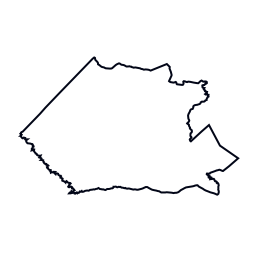 outline of Chepalungu, Rift Valley, Kenya, rotated 86°
{"feature_id": "3690345B98705633113269", "entity_name": "Chepalungu", "entity_type": "district", "adm_level": 2, "iso_a3": "KEN", "parent_name": "Kenya", "parent_adm1": "Rift Valley", "projection": "equal_earth", "projection_center": [35.269, -0.895], "detail": "fine", "context": "isolated", "style": "outline", "palette": "ink", "viewbox_px": 256, "rotation_deg": 86, "n_neighbors": 0, "source": "geoboundaries", "source_scale": "gbopen_adm2", "svg_char_len": 5839}
<svg xmlns="http://www.w3.org/2000/svg" viewBox="0 0 256 256"><g transform="rotate(86 128 128)"><path d="M102.3,45.6L101.6,46.0L101.2,45.5L100.6,45.4L100.6,46.2L100.1,46.5L99.9,47.5L100.0,48.3L99.6,48.7L99.3,48.2L99.2,47.3L98.7,46.8L98.2,47.2L97.5,46.8L97.3,47.8L96.8,48.5L96.3,48.2L95.8,48.7L95.4,49.2L94.8,49.1L94.4,49.8L94.0,49.8L93.4,49.2L93.2,50.1L92.7,50.8L91.9,50.7L91.2,51.0L90.6,50.8L90.4,49.8L90.4,48.8L89.6,47.9L89.0,47.7L89.2,46.9L88.7,46.2L87.6,46.2L87.2,46.6L86.9,47.8L87.0,49.7L85.8,51.3L86.2,52.3L88.2,54.7L88.1,55.8L87.3,59.2L86.3,62.7L86.0,64.3L86.0,65.0L86.3,65.7L86.2,66.4L85.4,68.1L85.2,69.1L85.6,69.6L87.7,69.5L88.7,70.2L88.8,71.0L87.8,76.1L87.4,76.4L85.9,76.7L85.4,77.2L85.9,79.1L85.8,79.9L85.2,82.3L84.9,82.9L84.5,83.4L84.1,83.8L78.7,80.9L78.0,80.8L75.1,81.3L71.6,82.4L70.0,82.1L66.9,84.8L72.3,101.4L71.4,103.2L71.1,104.5L70.8,106.2L70.9,108.1L70.2,109.6L70.1,110.3L69.8,111.0L69.4,111.6L69.2,112.2L68.1,116.4L68.2,118.2L67.9,118.8L67.5,120.0L67.1,120.3L67.0,121.1L66.5,122.3L66.6,122.9L66.6,125.0L66.3,125.7L65.5,126.8L64.9,127.9L64.4,130.2L63.1,131.8L62.9,132.5L63.2,133.4L63.6,134.5L64.3,135.8L67.2,139.6L67.5,140.5L67.5,141.8L67.0,145.3L66.8,146.3L65.9,147.7L65.3,149.7L64.8,150.5L63.2,152.2L62.4,153.4L61.1,153.4L59.9,154.0L59.2,154.6L58.6,155.1L58.1,155.6L57.5,155.9L55.7,156.1L55.3,156.8L56.4,158.4L87.2,192.7L101.9,208.9L107.6,214.7L124.3,233.3L124.6,234.2L125.0,234.9L125.5,235.2L126.1,235.1L126.3,235.7L126.9,235.4L127.3,234.6L127.8,234.9L128.4,235.8L128.5,235.3L129.2,235.3L130.7,234.2L131.0,233.6L130.3,232.7L130.8,231.2L132.2,231.4L132.5,231.0L132.2,230.4L132.3,229.1L133.1,230.3L134.2,230.5L135.2,230.1L136.2,229.3L136.8,226.2L137.2,225.5L137.3,224.7L137.8,224.2L138.3,224.1L138.8,224.3L139.1,223.8L139.6,223.4L140.0,223.5L140.1,224.3L141.2,224.5L141.6,225.1L142.2,225.5L143.0,225.3L143.6,225.6L143.5,225.0L142.8,223.9L142.9,223.1L143.5,223.2L144.0,223.7L145.9,222.6L146.3,222.1L147.1,221.9L147.3,221.2L147.8,220.7L148.4,220.7L148.9,220.2L149.2,219.4L149.4,218.5L149.7,217.9L149.5,217.1L150.1,217.4L150.6,218.1L151.2,218.6L152.1,216.6L152.8,216.3L153.3,216.5L153.8,217.1L153.9,216.3L154.2,215.6L154.3,214.9L154.8,215.0L155.8,214.4L156.3,214.6L157.7,213.7L157.8,213.0L158.2,211.9L158.6,211.8L158.6,212.4L159.1,212.0L159.5,210.5L159.9,210.2L160.1,210.9L160.7,211.1L161.4,210.9L161.5,211.6L162.0,211.5L162.9,210.5L163.6,210.2L164.0,209.8L164.5,208.7L164.6,208.0L165.2,208.0L165.6,208.5L166.0,208.0L166.6,208.2L167.2,208.1L166.9,207.5L167.0,206.1L166.5,205.6L166.7,204.1L167.1,204.6L167.8,204.6L169.1,203.4L168.4,203.1L168.2,202.3L168.8,200.9L169.9,200.7L170.7,199.6L171.3,199.1L171.0,198.4L171.4,198.1L172.2,198.7L172.8,198.9L173.7,197.0L174.2,196.7L174.7,197.1L175.3,197.3L176.0,197.2L176.7,195.6L177.5,194.6L178.1,194.1L177.5,193.9L176.7,193.1L177.1,192.6L177.7,192.3L178.1,191.8L178.5,191.2L178.8,189.6L179.3,189.1L179.7,189.5L180.1,190.3L180.7,190.7L181.8,191.1L182.2,191.7L182.8,191.5L183.0,190.7L182.8,190.1L182.3,189.4L182.6,188.6L183.0,188.0L183.5,187.7L183.8,188.2L184.3,188.1L184.6,187.6L184.9,186.8L185.5,186.2L186.4,185.7L186.7,186.5L187.1,186.8L187.8,187.0L187.9,187.8L187.0,188.8L188.3,189.4L188.2,190.2L188.5,190.8L189.1,191.3L189.2,189.8L188.9,188.6L188.9,187.7L188.5,186.8L189.0,186.3L189.6,186.0L189.8,185.4L189.1,185.0L189.2,184.2L189.6,183.4L188.8,183.2L189.2,182.5L189.3,181.7L188.8,181.4L188.6,180.7L188.0,180.5L188.2,179.8L188.0,179.2L187.6,178.6L188.5,178.2L188.4,176.7L187.7,175.2L187.5,173.2L187.7,172.2L187.8,171.5L187.1,170.3L187.0,168.0L186.8,166.6L187.0,165.7L186.5,164.0L186.5,163.1L185.8,161.6L186.9,160.3L187.2,158.7L187.5,158.1L187.4,157.2L188.3,155.0L188.0,154.1L187.5,153.3L187.4,152.3L187.5,151.7L187.5,150.9L187.4,150.3L187.0,148.8L187.1,147.9L186.8,147.2L186.3,146.8L185.6,146.6L185.7,146.0L185.6,144.2L186.3,143.2L186.4,142.5L186.1,141.8L186.0,141.2L186.3,140.4L186.2,139.6L187.0,138.7L187.2,137.2L187.8,135.8L187.6,134.9L187.9,134.5L188.3,134.0L188.3,133.3L188.5,132.7L188.4,132.0L188.4,131.3L189.8,127.0L189.7,126.3L189.7,125.4L189.9,124.4L190.2,123.5L190.3,122.5L189.6,118.6L189.2,117.2L188.7,116.0L188.1,114.3L188.3,112.8L189.2,111.6L190.9,108.9L191.3,108.1L191.9,106.1L192.4,104.2L193.1,102.3L193.2,101.5L194.6,99.4L194.9,95.4L194.8,94.1L194.9,93.2L195.6,88.9L196.1,87.1L195.9,85.5L196.0,84.3L195.7,82.8L195.3,81.9L193.6,79.5L192.5,77.0L192.0,76.0L191.3,74.2L190.7,67.6L190.5,66.4L190.1,65.1L189.9,63.4L190.0,62.6L191.4,61.4L193.8,57.6L194.8,56.4L195.7,55.0L197.1,52.0L197.9,50.4L199.1,46.9L200.0,45.0L200.5,44.3L200.7,43.5L200.0,42.5L198.3,41.9L197.1,41.9L196.5,42.1L195.7,42.3L195.1,42.1L192.8,42.0L191.5,41.5L190.1,41.7L189.3,42.1L189.3,43.0L188.8,43.4L188.2,43.1L187.6,43.5L187.2,44.2L187.1,44.9L185.8,45.5L185.3,45.5L184.7,46.0L184.7,48.0L184.8,49.5L184.3,49.3L183.8,48.0L183.2,48.2L182.9,49.8L183.4,50.3L183.0,51.0L182.5,51.0L182.5,50.3L182.3,49.7L181.7,49.8L181.1,51.3L180.5,51.6L180.1,52.3L179.6,52.7L179.0,52.5L179.0,51.5L179.3,50.5L179.2,49.7L178.4,49.0L177.1,44.3L176.5,42.5L176.4,41.5L176.0,39.8L176.3,38.9L177.4,36.8L177.5,36.2L173.2,29.9L165.9,20.2L152.0,37.5L130.7,47.0L136.5,54.7L145.7,66.2L145.2,66.8L143.9,67.2L143.2,66.8L142.2,65.5L141.8,65.3L141.3,65.5L140.8,66.0L140.2,66.3L139.1,66.2L137.8,66.0L136.8,64.8L136.1,64.5L135.5,64.6L134.8,64.5L133.1,66.1L132.7,66.3L132.0,66.1L130.4,66.9L129.5,67.1L129.0,67.0L128.6,67.3L128.0,68.3L127.6,68.7L127.1,68.3L126.2,67.1L125.6,66.7L125.0,66.4L124.6,66.4L122.9,67.1L120.2,67.2L119.7,67.2L118.2,66.6L116.0,65.2L114.8,64.7L114.2,64.3L113.8,63.8L113.6,63.0L113.5,62.2L113.0,62.0L112.5,61.6L111.8,61.4L111.2,61.4L110.5,61.0L109.9,59.8L109.7,58.1L109.7,57.2L109.4,56.3L109.1,54.9L108.6,54.2L108.2,53.9L107.5,53.7L106.8,52.3L107.0,51.6L106.9,50.0L106.5,49.4L106.0,49.1L105.5,47.6L105.0,47.7L104.5,47.4L103.8,47.2L103.2,46.5L102.6,46.3L102.3,45.6Z" fill="none" stroke="#020617" stroke-width="2"/></g></svg>